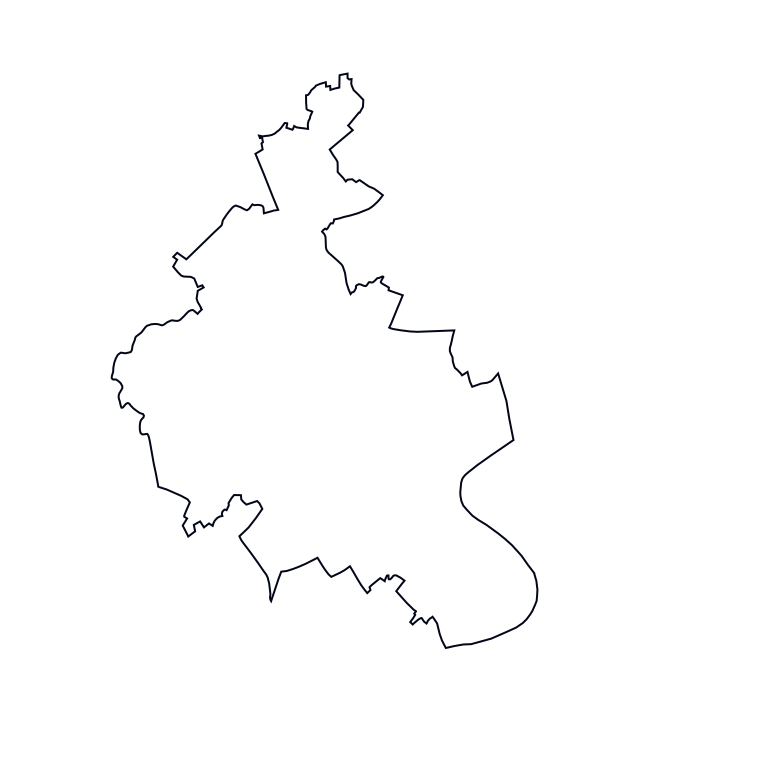 the district of Thanh Tri, Ha Noi, Vietnam, rotated 32°
{"feature_id": "81297802B95629282135268", "entity_name": "Thanh Tri", "entity_type": "district", "adm_level": 2, "iso_a3": "VNM", "parent_name": "Vietnam", "parent_adm1": "Ha Noi", "projection": "equal_earth", "projection_center": [105.831, 20.942], "detail": "fine", "context": "isolated", "style": "outline", "palette": "ink", "viewbox_px": 768, "rotation_deg": 32, "n_neighbors": 0, "source": "geoboundaries", "source_scale": "gbopen_adm2", "svg_char_len": 6165}
<svg xmlns="http://www.w3.org/2000/svg" viewBox="0 0 768 768"><g transform="rotate(32 384 384)"><path d="M523.5,362.9L508.7,347.1L503.0,340.6L496.9,333.6L475.2,314.6L473.9,323.2L473.2,325.1L470.9,328.2L466.3,332.0L460.3,339.6L455.8,336.6L452.5,333.5L448.4,329.5L445.6,335.3L443.2,334.3L438.3,333.1L435.7,332.8L434.1,331.7L430.4,328.4L428.1,325.2L424.3,322.7L422.3,321.1L420.6,318.1L419.9,315.4L418.8,312.1L417.0,307.2L415.2,301.3L384.6,322.1L378.1,325.7L369.9,329.5L362.9,332.4L360.6,333.1L358.5,333.4L358.1,329.2L355.2,312.6L354.2,306.4L352.9,298.8L338.2,302.1L337.1,299.7L336.3,299.6L330.4,299.8L328.5,299.8L327.6,299.5L327.1,299.0L326.9,296.9L326.8,293.6L326.5,293.4L325.7,293.6L324.5,295.4L323.4,296.9L322.3,297.7L321.5,301.2L320.8,303.5L319.4,304.7L317.8,305.2L317.3,305.8L317.0,309.9L316.4,310.8L314.5,311.5L311.7,311.9L309.9,312.6L308.4,314.8L308.4,315.7L308.8,316.7L309.4,317.3L309.6,319.3L309.6,321.5L309.3,322.2L308.3,323.3L308.0,325.4L304.3,322.9L298.8,318.3L292.0,310.4L286.6,306.0L284.6,305.1L278.6,303.9L267.3,302.0L265.2,301.2L263.7,300.3L262.2,298.7L257.6,291.9L256.1,289.9L253.9,288.5L250.7,287.6L250.9,285.8L251.6,283.7L251.8,283.4L253.3,283.4L253.7,282.3L253.6,276.8L253.8,275.8L255.5,275.0L255.3,272.9L254.5,270.9L258.2,267.4L261.6,263.5L266.0,259.1L271.4,253.0L278.3,243.6L280.0,239.8L280.9,236.9L281.9,233.1L282.5,229.8L283.0,224.5L277.8,224.0L272.1,223.6L266.3,224.5L255.4,224.0L254.7,224.8L253.4,227.6L248.5,227.2L246.5,228.8L244.8,230.0L244.3,232.5L240.1,230.9L232.4,228.8L229.1,223.5L226.9,220.3L224.8,219.1L219.7,216.9L213.7,213.9L223.0,185.3L216.6,183.8L217.0,181.9L218.9,167.1L219.6,166.8L219.3,160.1L215.9,154.0L208.1,152.0L202.6,150.9L198.7,148.2L197.1,146.7L194.9,142.6L193.1,144.2L191.0,143.9L188.6,140.1L183.2,145.1L182.7,145.7L189.0,156.3L185.6,159.6L182.7,163.0L180.4,159.8L177.3,162.5L174.7,158.9L170.5,163.7L168.1,167.2L168.1,168.6L166.6,173.6L166.8,175.8L166.6,177.9L166.3,179.2L164.9,180.5L169.4,187.5L169.7,187.8L172.5,191.7L173.9,192.1L178.0,191.1L178.9,191.1L179.1,192.4L179.6,196.1L180.4,197.9L180.5,199.0L180.6,200.9L181.7,204.0L184.4,207.9L175.3,212.1L173.8,212.7L171.1,212.8L171.7,216.0L171.6,216.9L165.4,218.4L164.3,215.1L163.7,214.2L161.5,215.3L161.1,220.9L160.6,223.9L159.5,226.8L158.9,228.9L158.1,230.4L156.8,232.3L154.5,234.6L152.1,236.4L149.9,238.3L146.4,239.6L148.5,241.2L150.1,239.7L153.2,243.1L152.6,244.9L156.8,249.4L153.0,256.9L171.7,270.3L191.1,284.6L202.0,292.4L200.5,293.8L198.4,295.4L198.2,295.8L196.0,298.3L191.7,302.9L189.0,299.2L188.3,298.4L187.1,297.6L186.3,297.5L184.8,297.7L182.1,298.9L179.2,301.1L178.3,301.3L177.2,301.4L176.8,306.7L176.4,307.8L175.7,309.3L173.4,309.8L168.5,310.1L163.7,311.2L162.3,313.4L161.8,315.5L161.2,319.7L160.8,324.1L160.6,329.8L160.8,331.4L161.6,333.3L162.2,335.6L161.6,337.9L159.6,345.3L152.3,375.1L150.3,383.0L139.1,382.3L138.1,386.8L137.9,387.9L142.7,388.2L143.0,396.2L149.8,398.4L152.8,399.1L154.5,399.5L157.2,399.0L163.4,395.5L167.2,395.1L174.6,400.4L177.6,396.6L179.9,397.7L176.7,403.6L179.8,410.9L182.6,413.2L188.4,416.3L188.7,417.0L190.0,417.3L189.0,421.3L188.8,423.3L183.5,422.5L182.2,422.8L181.4,423.6L180.0,425.5L179.2,428.4L178.5,432.2L177.1,437.7L176.5,438.7L175.5,439.9L172.1,441.7L171.2,441.9L169.8,443.0L167.5,446.4L165.9,450.3L164.9,451.7L163.8,452.2L160.7,453.0L158.2,454.3L155.1,456.6L152.1,460.3L151.6,462.2L151.0,468.4L150.6,469.9L148.6,475.1L148.6,476.5L148.9,477.7L149.3,478.6L150.4,484.6L152.2,488.9L152.3,490.1L152.2,491.2L148.7,494.8L147.3,495.5L144.3,496.8L143.6,498.2L142.8,500.4L143.0,504.4L144.0,508.9L145.8,513.5L147.9,517.3L149.0,521.5L149.9,523.2L150.8,523.7L152.0,523.7L154.1,522.3L156.6,522.2L160.1,522.8L163.1,524.4L164.2,526.0L164.4,527.5L164.5,532.2L165.1,534.3L165.8,535.6L167.0,537.0L169.2,538.8L170.9,540.6L172.9,542.5L174.0,543.2L175.0,542.4L175.7,537.6L176.6,536.1L177.4,535.7L178.8,535.8L180.5,536.5L184.5,537.5L189.1,537.9L192.3,538.0L195.6,537.2L197.2,538.1L197.7,539.7L197.1,543.2L197.5,545.6L198.9,548.6L200.9,551.8L203.3,554.4L205.2,554.9L206.5,554.4L209.6,551.8L210.5,552.0L212.6,553.5L215.6,556.5L231.0,573.6L237.6,580.4L246.0,589.5L246.9,590.7L248.1,590.5L255.7,588.6L271.6,586.3L278.5,585.9L282.1,587.3L283.3,595.7L284.4,601.7L284.9,602.4L288.3,602.4L288.3,610.7L297.5,616.2L298.8,617.1L301.9,609.0L297.4,604.3L299.6,600.3L300.9,598.0L307.3,601.0L309.5,595.0L313.9,595.1L313.1,592.2L312.9,589.9L313.2,587.7L313.7,585.6L315.2,583.1L316.9,581.6L315.2,579.9L314.6,577.7L315.3,575.1L316.2,574.6L317.4,574.4L316.7,569.1L315.3,567.4L315.2,561.2L315.7,557.6L321.6,554.1L324.1,557.5L327.1,558.5L331.2,559.2L338.4,550.5L341.6,551.2L347.0,554.4L346.4,565.8L345.2,577.4L343.3,585.1L342.0,589.7L345.4,591.9L349.4,593.6L353.5,595.1L362.5,598.6L372.7,602.8L381.2,606.5L385.3,608.1L387.9,609.8L392.4,614.1L398.9,622.2L400.3,625.1L401.0,626.1L402.1,627.2L403.3,627.9L397.9,605.5L396.3,597.6L400.7,594.0L405.1,588.8L408.5,584.3L412.7,578.2L419.7,566.6L427.7,570.6L432.5,572.8L437.8,574.8L441.5,575.5L446.7,567.4L449.3,562.6L451.7,556.6L457.8,559.7L465.1,563.6L471.5,566.8L476.3,568.7L480.6,570.2L481.7,565.9L479.4,564.0L480.1,561.1L483.7,550.6L489.1,550.8L488.7,549.9L488.0,545.2L488.3,544.5L489.3,544.0L490.8,546.4L491.3,546.9L491.8,547.0L492.6,546.5L493.0,545.6L493.4,543.9L493.4,542.5L493.8,541.3L494.7,540.4L495.9,539.8L500.7,539.5L505.6,539.9L505.0,544.5L504.3,551.8L504.2,553.2L519.3,557.6L527.5,559.4L528.8,559.7L531.0,559.7L531.6,559.9L531.3,562.7L532.8,563.2L532.8,567.5L532.4,572.0L535.8,572.7L536.0,571.6L537.1,568.1L538.2,564.9L539.2,563.3L539.9,562.5L543.9,564.3L547.0,564.6L547.0,564.1L546.7,561.6L546.8,560.9L547.3,558.5L548.2,556.7L548.5,555.7L550.4,556.4L555.9,558.9L563.7,566.5L569.1,570.8L576.3,575.1L582.9,568.6L589.5,562.7L595.7,558.5L609.8,543.2L619.4,529.2L625.1,520.6L628.4,513.1L629.6,507.9L630.1,501.9L630.1,498.1L629.2,491.5L628.4,487.1L626.4,483.1L623.1,477.1L617.6,470.3L611.7,465.0L611.7,464.8L602.1,461.2L591.7,456.8L578.1,452.9L568.4,451.2L559.8,450.2L545.8,449.2L535.7,449.3L528.7,448.8L521.4,446.9L515.6,445.1L511.6,442.2L508.2,438.5L506.0,435.3L501.7,426.7L500.7,423.0L500.7,421.1L501.0,418.4L502.2,414.4L506.2,403.2L512.4,388.3L523.5,362.9Z" fill="none" stroke="#020617" stroke-width="2"/></g></svg>